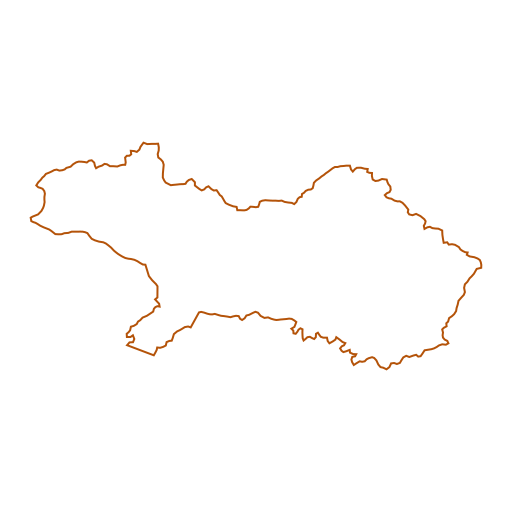 outline of Caçador, Santa Catarina, Brazil
{"feature_id": "56859067B84953016884325", "entity_name": "Caçador", "entity_type": "district", "adm_level": 2, "iso_a3": "BRA", "parent_name": "Brazil", "parent_adm1": "Santa Catarina", "projection": "orthographic", "projection_center": [-51.104, -26.764], "detail": "fine", "context": "isolated", "style": "outline", "palette": "amber", "viewbox_px": 512, "rotation_deg": 0, "n_neighbors": 0, "source": "geoboundaries", "source_scale": "gbopen_adm2", "svg_char_len": 5700}
<svg xmlns="http://www.w3.org/2000/svg" viewBox="0 0 512 512"><path d="M30.7,217.7L31.3,221.1L33.3,222.1L35.5,222.8L37.6,224.0L40.2,225.7L43.6,227.3L46.4,228.4L49.2,229.5L51.4,231.0L55.3,234.1L58.8,234.3L61.7,234.2L64.3,233.2L68.3,232.9L71.6,231.7L75.2,231.7L77.9,231.7L80.1,231.6L82.7,231.7L85.1,232.2L87.4,233.1L89.2,235.7L91.7,238.8L94.8,240.3L98.9,241.6L103.3,242.3L105.9,243.5L108.3,245.3L111.1,247.6L113.9,250.6L115.8,252.2L118.0,253.9L120.2,255.3L122.4,256.6L125.3,258.0L128.3,258.7L131.0,259.0L134.4,259.8L137.4,261.2L140.0,262.9L142.8,264.5L145.4,264.7L148.9,276.1L152.1,280.2L154.4,282.5L156.0,284.1L157.5,286.3L157.4,297.5L155.1,299.4L157.4,301.9L159.1,303.7L159.6,306.6L157.4,306.2L155.4,307.1L153.9,308.8L153.2,311.6L146.9,315.8L142.6,317.6L140.2,320.2L138.0,321.6L136.7,324.1L133.7,325.9L130.9,326.7L130.1,330.3L128.6,332.2L126.7,333.8L126.9,337.0L130.5,337.0L132.9,335.3L134.3,339.0L133.0,342.2L129.5,342.4L127.1,345.2L153.8,355.3L155.4,352.5L156.7,349.9L157.2,347.5L160.1,347.8L163.1,346.9L165.8,345.5L166.6,342.1L169.4,340.9L171.7,340.7L172.7,338.1L173.9,334.1L177.1,331.4L179.7,330.2L182.1,328.8L184.8,327.1L188.1,326.5L190.7,327.4L199.0,312.4L201.2,311.9L204.1,312.6L207.3,313.7L209.9,314.3L212.2,314.4L214.8,313.9L218.6,315.1L221.1,315.8L224.0,316.1L227.4,316.6L230.5,317.2L233.1,316.4L236.0,315.8L238.7,316.1L240.1,318.8L242.1,320.0L244.6,318.3L246.4,315.5L249.2,314.8L251.1,313.8L253.3,312.7L255.4,311.8L258.0,312.7L260.6,315.9L264.4,317.9L268.1,317.4L271.3,318.8L274.1,319.6L276.3,320.0L278.5,319.8L280.6,319.5L283.0,319.3L286.4,319.0L289.1,318.6L291.7,318.9L294.4,320.5L296.3,322.0L295.3,324.7L294.4,326.9L291.4,328.7L293.3,330.6L293.5,333.3L295.7,333.8L297.4,331.7L298.5,329.7L300.4,328.3L302.5,329.3L302.4,332.4L302.5,335.4L302.7,338.2L303.6,340.5L305.5,339.0L307.4,337.2L309.9,336.8L312.1,338.1L314.2,339.0L315.8,337.2L316.0,333.8L317.9,332.7L319.2,334.7L320.8,336.8L323.4,337.7L327.0,337.7L327.7,341.0L329.4,343.3L332.8,341.4L335.4,339.6L336.3,337.2L339.5,339.5L342.5,342.0L345.3,343.1L344.0,345.3L341.8,346.3L340.1,348.4L341.6,350.8L343.4,352.1L346.1,351.3L349.7,349.9L350.0,352.6L353.2,354.1L356.2,354.2L355.1,356.3L352.3,356.9L351.4,359.5L352.1,362.1L353.8,365.0L356.4,363.3L359.7,361.3L362.1,361.8L364.7,361.3L366.6,359.3L368.7,358.2L372.1,357.2L374.2,358.0L376.4,360.4L378.3,364.5L380.5,367.1L383.2,367.7L386.5,369.3L389.4,367.1L391.1,363.4L394.1,363.0L396.9,364.0L399.9,362.9L401.4,360.3L403.3,357.4L406.2,355.8L409.3,357.0L413.5,355.5L416.2,354.8L418.2,356.6L420.6,356.2L422.4,353.7L424.6,350.3L428.3,349.7L431.4,349.2L434.0,348.4L436.7,347.0L439.0,345.4L442.2,344.3L445.9,344.7L448.4,343.3L447.3,340.9L444.7,339.6L443.0,337.6L442.6,335.3L443.0,332.5L442.2,329.4L443.8,327.8L446.6,326.3L446.3,323.3L448.1,321.6L449.1,318.1L451.9,316.2L454.1,314.2L456.1,311.1L456.6,308.0L457.7,304.6L458.5,300.8L461.3,297.6L463.8,294.9L464.9,292.1L464.1,287.9L464.9,284.3L467.4,281.8L469.6,278.3L471.6,276.4L473.9,273.8L476.7,268.9L481.2,267.8L481.3,264.9L480.8,262.3L479.8,260.0L477.6,258.5L474.3,257.2L471.9,256.8L469.6,256.4L466.8,254.8L467.6,252.5L465.2,252.2L462.5,250.9L460.4,249.4L458.9,247.1L455.0,244.8L452.0,244.2L448.8,244.6L447.2,242.3L443.7,242.8L443.0,239.0L442.4,234.9L442.2,230.5L438.4,228.7L435.2,228.5L432.3,228.1L429.9,226.8L427.4,227.3L424.5,228.9L423.8,225.8L425.1,223.5L425.6,221.2L424.3,219.2L420.5,216.1L416.1,213.9L412.5,215.2L409.2,214.4L407.8,212.3L408.3,209.6L405.1,205.5L402.5,202.8L399.8,201.3L397.6,201.4L394.5,200.6L391.4,198.7L388.9,198.3L386.5,197.3L384.8,195.1L386.9,193.2L389.5,192.1L390.7,189.8L390.3,186.5L388.4,184.2L387.4,182.0L386.7,179.6L382.0,179.0L378.4,180.6L375.4,181.0L372.7,179.5L371.9,176.0L372.0,173.0L369.3,172.8L367.2,171.9L367.7,169.0L364.6,168.7L360.9,167.7L356.9,167.8L355.0,169.1L352.8,171.6L351.0,169.4L349.9,165.7L346.0,165.7L343.5,166.0L340.4,166.2L337.6,167.0L334.9,167.0L332.6,168.3L330.9,169.6L328.3,171.6L325.8,173.3L323.8,175.0L321.6,176.4L319.2,178.4L316.1,180.5L313.9,182.8L313.4,185.6L312.7,188.2L310.8,189.5L308.3,189.7L305.7,190.9L304.0,192.8L302.0,194.0L301.7,196.8L299.6,197.2L297.8,198.8L296.4,202.0L294.2,204.1L291.9,202.9L288.1,202.5L284.6,201.9L281.7,200.6L278.8,200.9L276.0,200.7L273.9,200.7L270.9,200.6L267.6,200.4L265.3,200.2L262.2,200.7L259.8,201.8L259.1,204.4L258.2,206.8L255.9,207.2L252.7,206.8L250.4,206.7L248.8,208.4L246.6,209.9L244.6,210.3L242.4,210.3L240.0,210.2L237.3,210.2L236.6,206.9L233.1,206.3L228.9,204.7L225.7,203.1L224.4,201.1L223.0,198.6L221.7,196.4L219.8,195.0L218.4,192.8L216.6,190.2L213.8,190.5L211.4,189.1L208.5,186.3L206.2,187.3L204.2,189.4L201.7,190.4L199.4,189.0L196.8,187.0L194.9,185.5L194.9,182.2L191.7,179.0L188.8,180.0L186.8,181.7L185.5,183.8L183.4,184.1L180.1,184.2L176.4,184.6L173.2,184.9L170.8,185.2L168.1,183.8L165.7,182.6L164.2,180.5L162.8,177.5L162.9,173.4L163.3,169.0L163.7,164.8L162.8,161.7L160.8,159.4L158.3,157.5L157.7,154.1L158.7,150.5L158.8,147.3L158.1,143.7L154.9,143.9L151.3,143.9L147.2,144.1L143.5,142.7L142.1,144.6L140.5,146.8L139.4,149.6L136.8,151.9L134.3,151.1L130.8,150.8L131.2,154.3L129.5,155.7L126.8,155.8L125.1,157.6L125.4,159.9L125.7,162.4L125.2,164.8L122.9,164.8L120.4,165.3L117.3,166.5L113.2,166.2L110.0,166.2L107.0,164.3L104.5,163.9L102.0,165.6L98.6,166.7L96.1,168.2L95.0,166.0L94.2,162.6L91.7,160.3L89.1,160.7L86.8,162.5L84.5,162.0L81.5,161.7L78.8,161.6L76.3,162.3L73.2,164.2L70.6,166.7L66.4,167.9L64.7,169.4L62.4,170.2L59.4,170.6L56.7,169.6L54.2,170.1L51.6,171.5L49.0,172.7L45.9,173.9L44.1,176.2L42.4,177.6L40.7,179.9L38.2,182.4L36.3,185.4L38.3,187.3L40.4,187.9L42.6,188.8L44.3,191.1L44.9,193.7L44.4,197.0L44.4,199.7L44.6,202.1L43.9,205.7L43.1,207.9L41.4,211.0L38.1,214.4L32.6,216.6L30.7,217.7Z" fill="none" stroke="#b45309" stroke-width="2"/></svg>